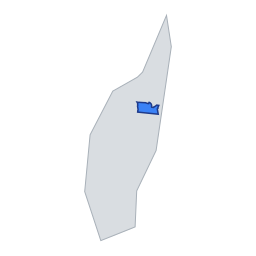 Ngellau, Ngiwal, Palau shown in context
{"feature_id": "81905179B11216366066462", "entity_name": "Ngellau", "entity_type": "district", "adm_level": 2, "iso_a3": "PLW", "parent_name": "Palau", "parent_adm1": "Ngiwal", "projection": "robinson", "projection_center": [134.631, 7.567], "detail": "fine", "context": "in_parent", "style": "filled", "palette": "blue", "viewbox_px": 256, "rotation_deg": 0, "n_neighbors": 0, "source": "geoboundaries", "source_scale": "gbopen_adm2", "svg_char_len": 1315}
<svg xmlns="http://www.w3.org/2000/svg" viewBox="0 0 256 256"><path d="M135.1,226.9L100.8,240.6L84.7,191.6L90.1,134.8L112.8,91.1L137.5,77.1L142.6,72.1L166.5,15.4L171.3,46.7L156.1,150.5L136.7,190.9L135.1,226.9Z" fill="#d9dde1" stroke="#a8b0b8" stroke-width="1"/><path d="M137.0,102.1L137.7,103.4L137.6,104.3L137.8,104.9L137.8,105.3L137.5,106.0L137.6,106.5L138.1,109.8L137.8,110.5L137.9,110.9L137.7,111.2L137.8,111.6L137.7,112.1L158.2,114.2L158.1,113.8L158.1,113.7L158.1,113.4L158.0,113.2L158.0,112.8L158.0,112.7L157.9,112.6L157.9,112.4L157.8,112.1L157.8,111.8L157.8,111.6L157.7,111.4L157.7,111.2L157.6,110.8L157.6,110.7L157.6,110.4L157.5,110.2L157.4,109.9L157.4,109.6L157.3,109.3L157.3,109.2L157.3,108.9L157.3,108.7L157.4,108.4L157.4,108.5L157.5,108.5L157.8,108.4L157.8,108.2L157.9,107.9L157.9,107.7L158.0,107.7L158.0,107.4L158.0,107.2L158.1,106.9L158.1,106.7L158.3,106.5L158.3,106.4L158.4,106.2L158.5,106.1L158.6,105.9L158.5,105.7L158.7,105.4L156.7,105.1L155.5,106.1L154.7,106.6L154.1,106.7L153.9,107.2L153.4,107.5L153.1,107.4L152.2,107.3L151.6,107.2L151.5,106.9L151.6,105.9L151.6,105.2L151.2,104.0L150.2,102.9L149.4,102.4L149.0,102.4L148.9,103.0L148.6,103.6L148.3,103.6L147.3,103.4L145.5,102.7L143.2,102.6L140.1,102.4L139.1,102.3L138.6,102.4L137.0,102.1Z" fill="#3b82f6" stroke="#1e3a8a" stroke-width="1.5"/></svg>